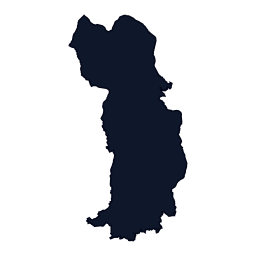 Novaci, Gorj, Romania
{"feature_id": "2599482B17328442784912", "entity_name": "Novaci", "entity_type": "district", "adm_level": 2, "iso_a3": "ROU", "parent_name": "Romania", "parent_adm1": "Gorj", "projection": "equal_earth", "projection_center": [23.644, 45.237], "detail": "fine", "context": "isolated", "style": "filled", "palette": "ink", "viewbox_px": 256, "rotation_deg": 0, "n_neighbors": 0, "source": "geoboundaries", "source_scale": "gbopen_adm2", "svg_char_len": 5858}
<svg xmlns="http://www.w3.org/2000/svg" viewBox="0 0 256 256"><path d="M131.4,240.3L133.3,240.6L133.7,239.7L134.6,239.6L134.8,238.0L134.3,237.5L135.0,237.1L135.2,236.5L135.0,236.2L135.6,235.6L135.1,235.0L135.3,234.6L134.4,233.7L135.4,233.9L135.7,233.5L137.5,233.5L137.6,233.2L139.2,233.0L139.5,231.9L140.6,231.3L141.0,229.5L141.5,230.2L142.0,231.8L143.3,231.5L145.1,232.5L145.0,231.7L145.5,230.8L145.5,229.9L146.9,229.3L149.5,230.0L150.0,228.8L151.7,229.8L153.1,228.2L154.2,229.1L154.6,228.8L156.0,230.0L156.7,231.3L156.2,231.7L156.5,232.7L158.0,232.2L159.3,230.0L157.9,229.5L157.6,229.1L159.7,229.3L160.8,228.3L161.8,227.9L161.0,226.9L161.4,226.6L161.3,226.4L160.4,225.2L160.0,225.3L159.5,224.6L159.0,222.5L161.0,221.6L160.6,220.6L161.0,220.1L159.6,217.5L161.0,216.2L160.6,214.8L160.8,215.2L162.3,214.8L162.0,214.1L162.8,213.5L162.0,211.9L163.8,211.8L166.6,214.3L167.3,214.5L168.7,216.1L170.7,215.9L170.6,215.5L174.4,215.5L174.0,213.4L174.9,214.1L175.2,213.1L174.9,212.8L175.7,211.8L175.0,211.0L174.9,209.2L175.2,208.8L174.7,208.1L175.7,207.7L175.8,207.4L175.6,206.9L174.8,206.3L174.4,205.1L174.6,203.2L174.1,202.5L174.5,201.6L174.1,200.9L173.9,199.8L173.0,198.6L173.0,198.0L172.5,197.2L172.7,192.9L171.1,191.9L171.5,190.9L171.3,189.8L171.8,188.7L174.7,186.9L175.9,185.1L176.2,183.8L177.7,181.6L180.2,179.5L183.1,178.0L183.3,177.5L183.9,177.0L184.1,176.2L184.0,175.3L185.1,172.6L185.4,169.8L186.1,168.0L186.5,166.1L186.2,165.1L186.5,164.8L186.7,163.2L184.7,157.2L184.6,155.0L183.1,152.2L182.7,150.1L181.9,148.4L182.3,147.5L181.1,146.6L180.1,144.6L180.0,143.9L180.9,142.9L181.4,141.3L180.7,139.3L178.7,135.7L178.1,135.1L178.2,134.4L179.2,132.2L179.1,131.2L179.5,130.4L179.4,129.6L179.8,128.9L179.3,127.6L179.5,127.0L180.3,124.9L181.5,123.7L181.6,121.5L181.1,116.5L181.2,114.0L180.7,112.5L178.6,110.9L176.3,110.6L172.6,111.2L172.0,111.6L171.5,110.6L168.3,110.1L167.5,109.6L166.2,108.8L166.5,108.6L166.4,107.8L165.4,106.1L163.4,104.4L163.7,104.4L164.0,103.1L162.7,102.3L162.6,101.5L162.2,101.1L158.7,99.5L160.0,96.3L160.8,96.5L161.9,96.1L162.0,95.7L164.9,96.0L163.6,93.4L163.0,93.4L161.4,91.4L160.7,89.9L160.3,87.4L160.8,87.5L160.9,88.9L162.2,90.4L162.9,90.3L162.2,89.9L162.2,89.6L163.3,89.9L163.3,90.4L164.6,90.6L164.5,90.2L164.8,90.0L165.7,90.3L166.7,89.5L166.9,88.6L167.4,88.8L167.4,88.3L168.1,87.8L168.0,87.3L169.1,87.5L169.7,88.6L170.3,88.5L171.0,87.5L171.1,86.0L171.9,83.4L170.1,82.5L170.2,83.4L169.8,83.8L167.6,83.9L167.0,83.3L166.6,82.1L165.1,81.3L164.0,79.4L163.5,79.7L162.3,77.4L161.4,77.3L160.1,76.1L159.9,76.3L159.5,75.9L158.6,74.7L158.2,74.9L157.9,73.7L154.4,67.1L154.0,66.2L153.9,64.8L154.9,61.4L154.8,59.5L154.1,56.7L153.2,55.2L152.9,54.3L153.3,53.5L153.0,52.9L155.8,40.8L155.5,37.9L154.9,36.9L150.0,33.1L149.5,32.3L148.2,31.8L147.4,29.9L146.3,28.7L145.0,26.6L143.7,25.6L142.7,24.2L138.2,21.5L135.5,20.4L133.3,18.4L128.9,16.1L126.4,15.9L125.2,15.4L123.5,15.7L120.0,17.1L118.6,19.6L117.7,20.4L116.1,21.2L115.2,22.1L114.5,24.2L112.8,27.6L112.2,30.3L110.5,30.7L109.6,31.6L107.9,31.7L105.8,30.4L104.6,27.6L102.4,25.9L97.2,24.6L95.5,25.3L94.2,24.7L93.3,24.9L93.0,24.4L90.5,22.7L89.5,21.4L89.1,20.1L87.0,17.8L85.0,16.5L84.1,15.5L78.9,20.7L78.2,23.0L78.4,24.4L77.8,25.3L77.6,27.7L75.2,32.7L74.3,33.5L73.9,34.4L73.3,36.1L72.6,40.5L71.7,41.4L70.9,43.5L69.7,44.3L69.3,45.6L71.5,46.9L72.2,46.8L72.6,47.2L74.0,47.4L75.2,48.5L75.4,49.4L76.4,50.0L76.6,50.7L76.4,51.3L77.2,52.0L77.2,54.4L78.0,55.3L77.7,56.3L78.1,57.3L78.8,58.0L78.8,58.6L79.9,59.6L80.4,61.0L80.2,61.9L81.0,63.0L80.9,64.2L81.7,65.9L81.1,67.3L80.8,69.0L81.4,71.7L81.4,72.6L81.9,73.8L81.6,74.9L82.3,75.7L83.4,76.0L84.0,77.0L85.2,77.8L85.9,78.7L86.1,79.5L88.9,80.0L89.3,80.6L90.0,83.1L90.6,83.5L90.4,84.7L91.3,85.4L91.5,86.2L93.6,85.4L96.5,85.6L98.5,87.0L106.7,88.3L107.8,89.1L109.0,89.3L109.1,90.3L109.7,90.3L109.8,90.9L109.4,91.9L109.4,93.2L108.2,95.2L107.9,96.6L107.2,97.7L107.1,98.8L105.9,100.5L104.3,101.8L103.4,103.3L103.2,105.4L102.9,105.8L102.9,106.4L103.1,107.8L103.6,108.3L104.0,110.3L103.7,112.8L103.0,115.0L101.2,118.4L102.1,119.8L103.3,120.7L103.4,122.1L103.1,123.0L103.7,124.2L103.5,125.0L102.5,125.6L102.4,126.0L102.8,127.3L103.7,128.3L104.0,130.4L104.3,130.6L104.9,129.8L105.6,130.3L105.7,131.7L106.3,133.2L105.9,134.1L106.5,135.4L107.0,135.7L107.8,135.5L107.5,137.8L107.0,138.8L108.4,140.9L107.3,141.8L107.1,142.4L108.4,144.9L108.6,146.1L108.1,146.9L107.2,146.7L106.5,146.9L106.5,147.9L107.3,148.6L108.5,148.3L108.6,149.6L109.7,151.9L113.3,150.4L113.2,151.8L114.8,154.8L114.4,158.2L113.9,159.2L113.5,161.3L113.9,162.5L113.5,162.7L113.7,163.1L112.9,163.7L112.9,164.5L110.9,169.5L110.9,171.4L111.7,174.2L110.4,175.5L110.3,176.1L110.9,178.2L110.6,181.3L110.8,182.3L110.5,182.7L110.5,185.0L111.1,186.3L112.1,186.7L111.9,187.8L112.1,189.8L111.4,190.4L111.6,190.9L111.2,191.1L111.6,191.4L111.3,192.3L110.8,192.6L111.1,193.5L111.9,193.9L112.5,195.5L111.9,195.6L111.9,195.9L112.1,198.3L111.6,198.3L111.6,198.6L111.9,201.2L110.4,201.9L110.9,202.4L109.2,204.0L110.2,205.5L109.1,207.1L109.3,207.4L106.0,209.9L103.7,210.9L103.4,210.9L103.2,210.4L102.6,210.6L101.0,211.6L98.9,212.2L99.1,212.7L98.0,214.1L99.3,215.7L95.7,218.7L94.6,219.0L94.2,218.8L92.8,219.9L92.2,220.0L91.0,219.6L90.5,218.8L89.2,217.8L88.9,218.3L88.1,218.3L87.4,218.7L88.0,220.6L86.3,220.8L89.1,221.9L89.0,222.5L88.1,222.7L88.2,223.3L89.7,222.6L90.0,223.2L91.5,223.5L91.4,223.9L91.9,224.3L92.9,224.4L93.2,225.4L94.3,225.6L94.5,226.3L101.8,225.5L102.5,225.5L102.4,226.0L103.4,225.8L105.5,223.4L106.6,222.7L108.8,223.7L108.9,224.5L109.8,225.6L110.5,225.8L111.3,225.6L111.2,230.7L111.4,231.2L111.2,231.8L111.4,232.5L110.8,233.5L112.0,234.8L112.3,235.7L111.7,236.9L110.1,237.8L110.7,238.7L114.2,237.2L117.6,237.2L117.5,236.5L120.4,236.3L120.9,236.8L119.8,238.1L120.1,238.8L121.7,238.5L124.3,237.0L126.3,238.5L128.5,239.2L128.7,240.3L130.1,240.6L131.1,239.9L131.4,240.3Z" fill="#0f172a" stroke="#020617" stroke-width="1.5"/></svg>